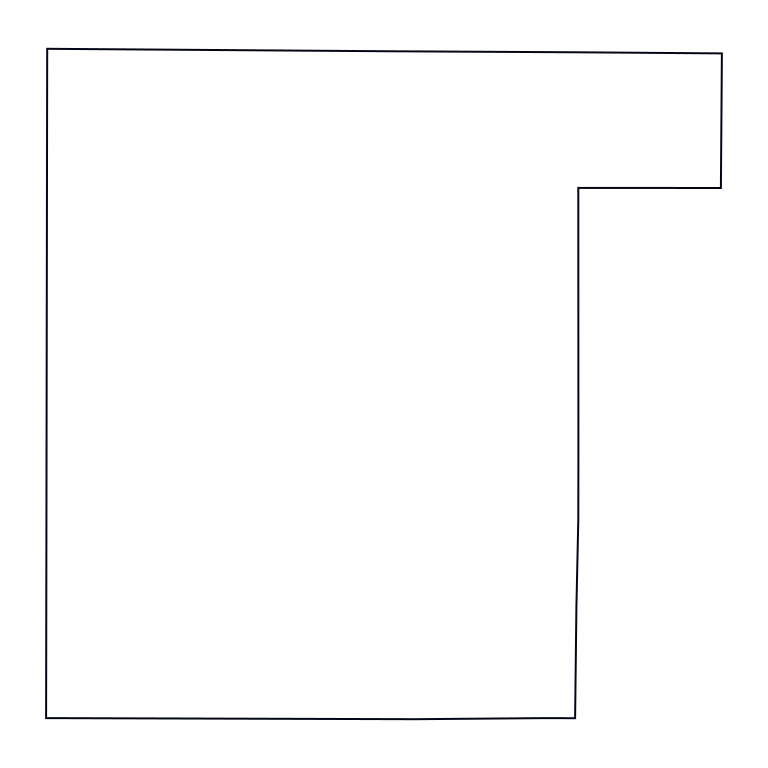 the district of Waupaca, Wisconsin, United States of America
{"feature_id": "52423323B88732486793756", "entity_name": "Waupaca", "entity_type": "district", "adm_level": 2, "iso_a3": "USA", "parent_name": "United States of America", "parent_adm1": "Wisconsin", "projection": "mercator", "projection_center": [-88.85, 44.462], "detail": "fine", "context": "isolated", "style": "outline", "palette": "ink", "viewbox_px": 768, "rotation_deg": 0, "n_neighbors": 0, "source": "geoboundaries", "source_scale": "gbopen_adm2", "svg_char_len": 298}
<svg xmlns="http://www.w3.org/2000/svg" viewBox="0 0 768 768"><path d="M47.2,48.8L46.1,718.1L414.9,719.2L546.3,718.1L575.1,718.2L576.4,607.4L578.3,519.7L578.4,454.7L578.3,187.9L720.9,188.0L721.9,53.4L578.8,52.3L416.2,51.4L394.7,51.3L47.2,48.8Z" fill="none" stroke="#020617" stroke-width="2"/></svg>